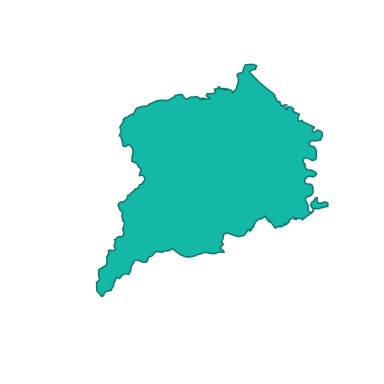 Parau, Brasov, Romania (Mercator projection), rotated 139°
{"feature_id": "2599482B71201196039236", "entity_name": "Parau", "entity_type": "district", "adm_level": 2, "iso_a3": "ROU", "parent_name": "Romania", "parent_adm1": "Brasov", "projection": "mercator", "projection_center": [25.249, 45.842], "detail": "fine", "context": "isolated", "style": "filled", "palette": "teal", "viewbox_px": 384, "rotation_deg": 139, "n_neighbors": 0, "source": "geoboundaries", "source_scale": "gbopen_adm2", "svg_char_len": 6015}
<svg xmlns="http://www.w3.org/2000/svg" viewBox="0 0 384 384"><g transform="rotate(139 192 192)"><path d="M196.9,291.6L196.9,290.7L197.3,290.0L198.4,289.3L198.8,289.7L203.5,288.5L204.6,287.1L204.5,285.3L205.2,284.6L210.0,282.1L209.3,281.2L209.2,280.6L210.5,278.2L210.6,277.8L210.4,277.6L210.7,276.6L212.0,275.7L212.2,274.0L213.9,272.1L212.3,270.0L211.6,269.6L209.2,269.8L208.6,268.3L207.9,267.5L208.1,266.6L208.1,264.8L209.3,262.0L211.0,260.0L212.9,258.5L214.5,257.7L215.2,257.0L215.9,255.5L217.2,254.8L215.0,249.9L214.9,249.1L215.8,247.0L215.4,242.9L215.7,242.3L217.3,241.1L218.4,240.8L220.9,238.9L220.0,238.1L219.2,237.8L218.1,236.4L218.0,235.3L219.2,232.6L219.9,232.0L223.2,231.4L224.1,230.6L226.4,231.8L227.1,231.8L229.7,230.2L233.6,231.6L235.6,231.0L237.1,231.0L237.6,231.3L239.1,231.1L239.7,230.5L242.8,231.5L243.5,231.2L244.0,230.3L245.5,229.7L248.3,229.3L249.8,229.3L252.3,231.1L254.2,231.5L256.1,231.0L258.2,225.7L257.7,222.4L260.9,219.7L261.9,217.5L263.1,215.9L262.8,213.5L264.2,212.1L269.0,209.0L270.1,206.1L272.5,204.3L273.5,204.3L275.4,205.1L276.0,206.1L276.9,206.4L278.1,206.7L279.0,206.4L281.1,206.5L281.6,206.8L281.9,205.6L283.1,204.4L286.4,202.4L286.8,199.1L289.2,199.0L290.7,200.1L291.7,201.7L293.6,202.5L293.8,201.6L295.1,200.3L295.3,199.5L296.8,199.8L299.6,198.6L299.7,197.9L300.6,196.2L301.6,195.8L302.2,194.8L304.5,193.2L310.9,193.9L312.5,194.6L313.0,194.5L314.3,193.5L316.6,191.0L318.2,188.8L318.4,187.2L319.9,186.3L323.1,186.6L327.1,181.9L328.8,179.4L328.3,175.7L328.7,174.5L328.8,173.0L328.4,172.5L329.0,172.3L326.6,171.9L325.5,172.6L322.9,173.5L317.4,170.9L315.2,172.0L313.1,172.6L309.6,175.2L308.2,175.5L305.7,176.9L304.7,176.6L303.3,174.2L300.6,174.8L296.9,174.8L293.5,171.3L289.8,173.0L286.2,176.2L284.7,176.2L279.8,178.1L277.7,176.2L274.7,170.7L272.7,169.2L271.7,169.0L267.3,171.4L265.3,170.4L263.6,170.0L259.3,170.9L258.2,170.4L255.9,168.5L253.9,166.0L251.3,165.7L249.4,163.8L246.2,162.4L243.9,162.5L243.8,160.6L242.1,153.8L242.1,152.4L241.0,150.6L240.0,148.3L237.6,145.5L235.7,144.0L231.8,141.9L229.3,141.4L227.0,140.0L222.9,138.6L220.6,136.7L219.7,134.9L218.1,133.5L216.8,131.7L214.6,130.3L212.5,129.7L210.1,128.2L208.8,126.8L208.2,126.7L207.5,125.5L207.1,125.7L206.9,128.1L207.7,130.8L207.6,131.5L205.5,131.4L204.1,132.0L202.9,132.0L202.5,133.0L202.6,135.2L198.8,136.6L197.7,137.9L195.1,139.3L193.4,138.7L191.3,136.8L190.6,135.0L186.5,128.3L185.4,127.3L184.3,127.0L183.1,125.9L181.0,125.1L176.7,126.0L175.7,126.4L175.5,127.0L173.9,126.0L173.8,125.5L174.1,124.6L173.1,125.1L173.3,125.7L172.8,125.5L172.5,124.9L172.4,125.8L171.7,125.1L169.6,125.1L168.5,125.8L167.9,125.6L167.5,126.2L164.7,127.4L160.6,128.0L159.7,127.3L157.7,127.4L157.4,127.0L157.6,126.7L157.5,126.2L157.0,126.0L156.8,126.5L156.1,126.5L155.7,126.0L154.1,125.9L153.4,125.1L153.0,125.3L153.0,125.7L152.6,125.3L152.2,125.4L152.2,124.9L153.0,124.2L152.6,123.5L153.6,121.5L153.1,120.5L153.1,119.5L153.4,118.9L152.2,119.1L152.7,111.5L152.7,110.1L149.4,109.2L149.2,108.7L147.8,108.8L147.8,108.2L147.0,108.2L146.9,107.7L147.1,107.4L146.8,107.5L146.2,106.9L144.1,106.3L143.7,106.8L143.3,106.2L142.5,105.8L142.3,106.3L142.2,105.8L141.7,105.6L138.3,105.7L138.1,106.6L136.6,106.9L132.2,106.5L132.6,104.5L131.2,102.8L130.5,104.0L128.9,102.0L126.5,100.0L127.2,98.8L114.2,97.7L112.2,98.3L111.0,99.7L106.4,95.6L104.9,95.7L103.5,94.2L102.7,94.3L99.1,92.1L98.5,92.4L96.7,94.8L98.1,97.2L102.9,99.6L104.0,101.3L104.0,102.2L103.4,103.3L101.7,104.7L101.3,105.4L101.5,106.0L103.1,106.5L106.1,105.4L108.5,105.7L109.9,105.0L111.4,103.5L111.6,99.6L112.9,98.3L114.5,98.2L115.7,98.7L116.6,100.1L116.6,101.4L115.6,103.1L113.1,105.8L112.7,106.8L112.3,109.7L111.2,111.9L110.4,112.7L109.3,113.1L105.7,111.7L102.8,111.5L101.1,112.2L98.4,115.1L97.2,117.2L97.0,118.7L97.4,120.2L99.9,122.5L100.6,123.4L100.5,125.1L99.5,126.6L97.4,127.8L95.5,127.7L93.8,127.3L92.7,126.6L91.0,124.2L90.0,123.7L88.0,123.4L86.1,123.9L85.8,124.7L86.2,127.1L87.9,130.7L90.0,132.4L90.7,134.4L90.4,136.3L88.6,138.7L88.3,142.0L87.4,143.0L85.7,143.8L84.0,143.4L82.1,141.6L81.4,138.6L80.1,136.7L78.7,135.7L77.0,135.6L75.9,136.1L71.9,140.6L70.5,142.9L70.2,145.4L70.3,146.4L72.0,148.5L72.4,149.9L72.1,151.2L71.2,152.1L69.8,152.4L67.4,151.9L65.1,149.4L61.1,147.0L59.8,147.3L56.6,149.0L55.2,150.7L55.0,151.9L55.0,153.4L55.5,154.7L56.6,156.5L57.3,156.3L60.6,157.0L61.1,157.4L61.3,158.8L61.1,159.5L60.0,160.2L57.7,160.2L57.2,161.2L57.5,161.4L62.3,172.2L61.9,173.7L64.4,174.7L64.9,175.9L64.8,176.7L63.2,178.6L59.9,180.1L62.9,186.5L60.7,188.2L61.3,189.4L61.6,190.6L61.4,190.8L64.0,194.1L66.5,191.8L66.8,193.5L66.1,196.1L64.0,196.1L68.2,198.8L67.0,202.0L66.6,201.9L67.1,203.4L67.9,203.7L67.0,210.0L66.2,210.0L66.1,212.9L67.9,221.7L69.3,230.8L70.1,245.1L66.5,244.8L63.5,242.9L61.9,244.2L60.5,244.7L60.6,245.3L62.0,248.1L66.4,251.7L68.7,252.9L73.6,250.3L75.0,249.1L77.0,249.7L79.0,251.0L81.3,250.7L82.1,248.9L81.9,248.3L84.1,245.4L88.3,242.4L92.1,240.2L94.4,240.8L95.3,240.6L95.7,240.0L96.3,240.7L95.8,241.7L96.2,242.7L95.9,243.2L96.3,244.4L97.3,245.1L97.4,246.0L97.8,246.5L98.7,246.2L99.1,246.5L98.5,247.4L98.9,248.1L99.6,247.7L100.1,247.8L99.8,248.3L99.9,249.0L100.8,248.9L101.0,249.1L100.8,249.6L101.0,250.2L102.0,250.3L102.4,251.3L103.1,251.6L103.1,252.4L102.3,252.7L102.7,253.0L103.3,254.2L103.9,253.5L104.7,253.3L106.3,253.9L107.5,254.9L109.3,251.3L114.5,254.6L116.0,256.3L118.0,255.4L117.9,253.6L117.1,251.4L117.1,250.6L120.5,252.8L120.7,253.5L121.0,253.5L121.0,254.0L121.7,253.9L121.9,254.5L122.7,254.8L122.7,255.1L122.0,255.3L123.1,256.2L123.9,255.8L123.5,256.6L123.8,256.9L124.3,256.7L125.0,257.7L124.9,258.6L125.2,258.7L125.4,260.3L126.5,261.6L128.4,262.5L130.9,264.6L132.0,264.6L133.2,265.2L134.7,265.3L135.4,265.7L135.8,266.6L135.9,268.5L135.5,271.9L136.7,273.2L141.0,275.7L142.1,275.8L142.6,275.1L144.9,275.9L149.2,276.6L151.6,278.0L154.4,281.1L158.6,283.7L162.1,285.0L163.1,285.0L166.0,286.2L169.4,286.3L173.2,289.1L177.8,291.3L179.4,291.5L186.1,288.9L186.3,290.1L189.5,290.8L191.3,290.8L193.6,291.9L196.9,291.6Z" fill="#14b8a6" stroke="#0f766e" stroke-width="1.5"/></g></svg>